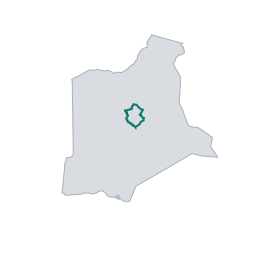 Samburu East, Rift Valley, Kenya (highlighted), rotated 60°
{"feature_id": "3690345B82723098757823", "entity_name": "Samburu East", "entity_type": "district", "adm_level": 2, "iso_a3": "KEN", "parent_name": "Kenya", "parent_adm1": "Rift Valley", "projection": "orthographic", "projection_center": [37.446, 1.109], "detail": "medium", "context": "in_parent", "style": "outline", "palette": "teal", "viewbox_px": 256, "rotation_deg": 60, "n_neighbors": 0, "source": "geoboundaries", "source_scale": "gbopen_adm2", "svg_char_len": 4397}
<svg xmlns="http://www.w3.org/2000/svg" viewBox="0 0 256 256"><g transform="rotate(60 128 128)"><path d="M57.9,152.7L57.8,149.7L58.3,142.1L58.2,135.4L58.6,132.0L60.3,129.9L61.0,128.3L61.6,126.2L62.4,124.4L64.4,123.0L64.7,122.2L66.8,119.8L68.1,116.7L69.0,115.7L70.2,114.7L71.0,114.2L72.4,113.7L73.5,113.4L73.7,113.2L73.7,112.7L73.4,110.8L73.9,110.1L74.6,108.9L75.4,107.7L76.2,106.9L76.6,106.1L76.8,104.8L76.8,103.9L76.8,102.3L76.6,98.8L75.7,95.8L75.2,92.5L75.6,91.4L74.9,89.5L74.5,89.4L74.0,88.9L73.3,87.1L72.7,85.5L72.4,85.0L70.0,83.6L68.9,80.1L67.6,79.4L66.9,76.0L66.7,75.0L67.5,71.6L67.4,70.8L66.6,70.1L64.4,69.3L62.6,67.9L62.9,67.4L63.0,66.9L62.1,66.6L59.3,60.8L62.9,57.3L66.5,53.7L71.0,49.3L75.2,45.2L78.9,41.6L82.1,38.4L82.0,39.0L82.0,39.8L82.4,40.3L83.1,40.7L84.0,40.3L84.8,39.8L85.6,39.7L90.4,41.0L91.2,42.2L91.2,43.4L91.4,44.3L91.0,45.2L90.6,48.0L90.7,50.5L92.2,52.3L93.5,53.8L94.5,55.8L95.3,56.4L96.3,56.8L99.6,56.9L104.6,57.0L109.3,57.1L109.8,57.2L110.8,57.4L115.1,60.2L119.1,62.7L122.5,64.9L125.8,67.1L129.0,69.1L131.5,70.9L134.0,71.4L137.9,71.6L140.7,71.7L143.2,72.4L147.0,73.1L149.8,73.5L151.5,73.8L156.3,74.2L157.0,74.0L159.1,72.1L161.4,69.0L162.3,67.3L165.4,65.6L170.7,63.2L174.4,61.5L178.5,59.8L180.4,61.3L183.0,63.6L184.2,64.8L185.1,65.3L186.5,65.6L188.3,65.6L189.2,65.6L191.1,65.3L195.6,65.0L198.2,65.0L196.0,68.1L193.4,71.8L188.7,78.7L185.1,82.3L182.4,85.0L182.1,85.5L182.1,88.5L182.2,96.0L182.3,110.8L182.3,125.6L182.4,140.5L182.4,147.9L182.4,150.4L184.8,153.5L187.2,156.5L190.3,160.6L192.0,162.7L192.2,163.4L192.1,164.9L189.6,167.9L187.5,169.3L184.6,170.0L183.8,169.8L182.7,169.4L182.3,170.1L181.9,171.2L181.3,171.0L180.8,170.7L181.1,172.7L181.4,173.7L181.0,175.0L179.6,176.2L179.5,177.2L176.5,179.8L172.3,180.0L170.1,181.3L169.1,182.4L168.3,184.7L168.6,188.2L167.4,190.9L167.2,192.3L165.0,194.0L164.0,195.6L163.3,197.3L162.7,198.0L161.9,201.7L160.9,203.9L160.7,204.6L160.4,205.3L159.6,206.6L159.1,207.5L158.7,208.1L156.2,213.8L154.1,216.4L152.6,216.1L151.5,217.1L151.4,217.6L150.9,217.3L149.6,216.4L146.9,214.4L144.2,212.5L141.5,210.5L138.8,208.6L136.1,206.7L133.4,204.7L130.7,202.8L128.0,200.9L126.4,199.7L125.7,199.0L125.2,197.7L124.9,197.4L124.2,197.0L123.4,196.9L123.1,196.6L123.1,196.0L123.4,195.0L124.4,193.2L124.5,192.2L124.3,191.0L124.0,189.1L123.7,188.7L121.9,187.7L118.2,185.6L114.4,183.5L110.7,181.4L106.9,179.3L103.2,177.2L99.4,175.1L95.7,173.0L91.9,170.9L88.2,168.8L84.4,166.7L80.7,164.7L76.9,162.6L73.2,160.5L69.4,158.4L65.7,156.3L61.9,154.2L60.5,153.4L59.2,152.7L57.9,152.7ZM182.7,173.1L182.0,173.2L182.4,172.2L184.3,170.9L185.1,171.2L185.2,171.5L185.2,171.8L184.8,172.0L182.7,173.1Z" fill="#d9dde1" stroke="#a8b0b8" stroke-width="1"/><path d="M131.4,121.3L130.8,120.9L130.6,116.0L129.1,114.1L129.1,112.9L129.2,110.7L127.4,109.4L127.2,110.0L126.4,110.2L126.2,110.1L125.0,110.3L124.5,110.5L124.3,110.4L124.0,110.5L123.9,110.4L123.4,110.7L123.4,110.8L123.2,110.9L123.0,110.6L122.8,111.0L122.6,111.1L122.6,110.9L122.2,110.5L120.8,107.8L119.6,106.0L119.1,106.4L119.1,106.7L118.5,107.2L116.6,108.1L116.4,108.0L116.2,108.1L115.6,108.1L115.4,108.1L115.2,108.4L114.7,108.7L113.8,108.7L113.5,108.9L113.2,108.8L112.1,109.0L111.8,109.5L111.2,110.4L110.5,110.8L110.3,111.2L110.2,111.6L111.1,112.9L111.1,113.1L111.6,113.4L111.6,113.9L111.7,114.2L112.4,114.8L112.7,114.8L112.7,115.0L113.0,115.0L113.2,115.3L113.4,115.3L113.4,115.5L113.2,115.7L113.1,116.6L112.7,117.5L112.8,117.7L112.5,118.3L112.5,118.7L112.3,119.2L112.4,120.5L112.0,120.7L112.1,121.1L111.8,121.5L111.7,121.5L111.3,121.6L111.2,121.7L111.2,121.8L111.5,122.0L111.8,122.0L112.5,121.9L113.4,121.5L113.6,121.6L113.6,121.4L114.2,121.2L114.6,121.4L114.8,121.7L115.0,121.7L115.1,121.8L115.3,122.0L115.9,121.9L116.3,122.1L116.7,121.7L116.9,121.6L117.5,122.1L117.7,122.4L118.1,123.5L118.4,123.7L118.6,124.1L118.6,124.5L118.8,124.5L119.3,124.9L120.0,124.8L120.3,124.9L120.7,124.6L121.1,124.7L121.0,124.9L121.3,125.1L121.8,125.1L122.0,124.9L122.2,125.0L122.6,125.0L122.7,124.7L123.1,124.7L123.3,124.5L123.5,124.6L123.7,124.3L123.7,124.1L123.8,124.0L124.4,123.8L124.6,123.4L124.9,123.3L125.2,123.6L125.6,123.2L125.8,123.3L126.2,123.2L126.4,123.3L127.1,123.1L127.3,122.9L127.3,122.5L127.8,122.3L127.9,122.0L128.1,122.1L128.2,122.3L128.3,122.3L128.5,122.5L128.8,122.4L129.1,122.0L129.5,121.8L129.8,121.4L130.2,121.1L130.2,120.9L130.3,121.1L131.0,121.4L131.4,121.3Z" fill="none" stroke="#0f766e" stroke-width="2"/></g></svg>